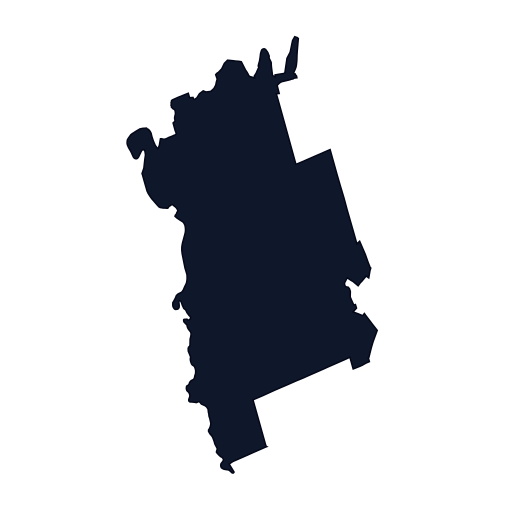 outline of Zlēku pag., Ventspils, Latvia, rotated 82°
{"feature_id": "27541924B50328122617974", "entity_name": "Zlēku pag.", "entity_type": "district", "adm_level": 2, "iso_a3": "LVA", "parent_name": "Latvia", "parent_adm1": "Ventspils", "projection": "robinson", "projection_center": [21.854, 57.134], "detail": "fine", "context": "isolated", "style": "filled", "palette": "ink", "viewbox_px": 512, "rotation_deg": 82, "n_neighbors": 0, "source": "geoboundaries", "source_scale": "gbopen_adm2", "svg_char_len": 6005}
<svg xmlns="http://www.w3.org/2000/svg" viewBox="0 0 512 512"><g transform="rotate(82 256 256)"><path d="M117.8,361.9L118.5,363.1L121.9,366.3L123.3,367.3L125.8,367.9L127.0,368.0L128.5,367.8L131.0,367.1L135.1,365.4L139.5,364.1L140.8,363.7L141.8,363.2L142.5,362.5L142.9,361.8L143.1,361.0L143.0,360.3L142.5,359.4L141.6,358.5L136.6,355.2L135.5,354.3L135.1,353.7L135.1,352.3L135.8,351.8L137.0,351.4L140.5,351.4L145.0,352.7L153.3,354.8L158.5,357.4L160.0,357.1L164.7,356.5L168.2,356.0L170.5,355.7L173.9,355.2L176.8,354.8L178.1,354.3L179.0,354.1L179.8,353.7L181.8,352.8L183.8,351.8L184.9,351.2L191.8,346.7L193.7,345.4L194.1,345.0L194.7,344.1L195.2,342.4L195.6,341.3L196.0,338.7L196.1,338.1L196.3,337.8L196.4,336.7L194.7,335.1L194.5,334.4L193.6,332.8L193.6,331.3L195.5,329.8L195.9,329.2L197.4,328.1L198.4,327.6L199.9,327.2L200.3,326.9L201.4,327.8L201.7,328.2L202.1,328.4L202.4,328.6L202.9,328.7L203.5,329.2L203.8,329.5L204.1,329.9L204.2,330.1L205.4,330.7L207.3,329.1L210.1,326.0L211.4,324.4L212.4,323.4L213.1,323.0L214.3,322.5L215.7,322.1L217.2,322.0L219.5,322.1L221.5,322.4L223.2,322.9L225.2,323.7L232.7,326.9L235.0,327.7L236.8,328.2L240.0,328.7L243.6,328.8L257.9,328.0L264.4,327.0L265.5,327.0L268.1,327.3L269.5,327.5L270.9,327.9L272.5,328.4L273.7,329.0L275.2,330.0L276.3,330.8L279.3,332.6L280.4,333.5L281.2,334.3L281.7,335.2L282.7,338.4L284.0,340.3L286.6,341.8L289.2,343.7L290.5,344.8L292.5,345.2L294.1,345.3L295.1,345.1L296.5,344.5L297.3,343.9L297.7,343.3L297.8,341.8L297.6,340.6L297.1,340.0L296.4,339.4L295.5,339.1L293.9,338.9L291.1,338.8L290.2,338.6L289.7,338.3L289.5,337.9L289.7,337.4L290.3,336.8L291.1,336.5L292.4,336.2L294.6,335.8L297.6,334.9L298.4,334.4L299.3,333.4L300.0,333.0L302.6,332.2L305.7,330.5L306.6,329.7L307.2,329.3L308.0,329.4L308.9,329.8L309.5,330.2L310.1,331.6L310.0,332.1L308.9,333.2L308.9,334.4L308.7,336.0L309.0,336.5L310.2,336.7L311.3,336.5L314.5,334.2L315.2,333.9L316.6,333.9L318.1,333.5L319.3,333.0L322.0,331.4L323.2,331.1L324.4,331.2L325.3,331.4L327.7,332.2L329.0,332.8L335.2,333.8L336.2,334.4L336.9,335.5L338.3,336.1L340.9,336.3L343.6,335.6L346.5,334.9L347.5,334.9L348.3,335.3L349.6,335.5L351.5,335.4L353.8,334.9L355.0,334.3L356.4,332.7L357.4,332.2L358.3,332.0L360.4,331.7L362.5,331.9L364.5,332.4L365.5,333.0L368.2,334.0L369.3,334.8L369.8,335.7L370.3,337.5L371.3,338.7L371.9,339.3L373.4,340.0L374.4,340.9L375.0,342.5L375.6,343.0L376.9,343.3L377.8,343.5L379.6,343.2L380.7,342.5L381.3,341.8L382.8,341.2L384.4,340.9L385.9,341.1L386.7,341.5L388.6,342.5L389.7,342.7L390.4,342.6L391.1,342.0L391.4,341.5L391.6,339.9L392.0,338.5L392.1,337.8L392.9,335.5L392.3,333.3L392.3,332.5L393.3,331.7L395.0,330.7L397.2,327.2L398.6,325.9L400.7,324.9L401.6,324.8L404.1,324.9L405.9,324.7L407.3,324.8L408.3,324.8L410.3,324.4L415.4,324.0L416.9,324.4L418.5,325.0L420.1,325.9L421.7,327.2L423.0,327.4L424.3,326.9L425.6,326.4L428.8,324.4L430.6,323.9L433.9,323.2L435.7,323.0L436.7,322.8L440.9,321.3L441.6,321.2L442.6,321.6L443.8,322.2L444.6,322.5L445.9,321.9L448.4,320.1L449.7,319.0L450.7,317.6L451.8,316.9L452.9,316.6L453.7,316.7L454.5,317.3L455.5,318.2L456.7,319.5L458.0,320.0L459.6,320.1L460.8,319.8L461.7,318.9L462.7,317.4L463.5,314.9L463.8,313.7L464.4,312.4L467.5,309.8L467.8,308.9L467.4,308.2L466.9,307.8L458.3,311.5L458.1,311.2L456.3,307.5L451.8,291.5L450.1,285.7L447.0,274.6L446.8,274.1L446.3,271.9L446.1,272.2L445.7,272.4L444.7,272.7L398.0,279.0L397.3,276.4L395.4,269.3L391.4,255.8L387.7,242.2L385.5,234.5L383.1,225.2L382.5,223.3L377.3,204.8L376.1,200.8L370.7,181.6L369.3,177.1L381.4,175.5L379.7,168.5L379.0,166.1L377.3,161.8L376.4,158.4L372.6,158.9L372.3,158.4L362.7,154.5L357.2,152.0L346.5,146.3L339.6,150.3L334.9,152.9L330.3,155.5L328.0,156.7L328.6,157.3L328.8,157.4L329.9,158.7L328.3,161.4L327.2,163.3L324.9,167.7L321.6,163.7L317.9,164.3L318.2,166.0L313.1,167.5L309.7,168.4L304.2,167.5L301.4,168.0L299.7,169.1L299.0,171.3L297.5,172.2L295.0,172.1L290.3,168.7L293.6,165.0L294.6,163.6L299.7,159.0L296.8,156.2L296.1,155.1L291.2,149.7L293.4,147.4L286.2,145.1L283.9,144.0L283.1,144.6L278.1,145.8L270.3,147.4L270.1,147.4L255.8,151.3L258.0,154.4L245.6,156.1L222.9,159.3L210.7,160.8L198.3,162.7L185.8,164.5L160.9,167.8L169.3,197.9L170.8,203.7L127.9,209.3L105.1,212.3L100.8,212.9L98.2,213.3L98.3,210.4L90.0,211.3L88.2,209.0L87.9,208.5L87.4,207.5L87.0,206.2L86.2,197.8L85.9,196.8L85.8,194.6L85.2,193.7L85.2,190.7L83.4,190.8L82.4,191.5L81.2,191.8L81.2,192.5L80.4,192.9L79.4,193.1L77.7,191.9L75.1,190.4L73.9,189.9L72.4,189.4L69.6,188.7L67.4,188.2L63.1,187.5L58.7,186.6L46.5,183.8L45.3,184.9L44.8,186.1L44.2,187.1L47.7,189.8L58.9,193.8L64.5,197.8L78.8,202.0L79.1,203.4L79.2,208.7L79.3,211.9L81.1,212.0L80.8,212.4L80.5,213.2L79.6,214.5L71.2,214.4L68.0,214.2L67.1,214.0L65.7,214.2L61.9,215.5L59.8,215.1L56.1,216.0L54.7,216.7L52.7,217.8L51.9,219.1L52.0,220.4L52.5,221.4L53.3,222.0L55.2,222.9L56.1,223.3L60.9,224.6L63.4,225.4L66.8,226.9L68.0,227.3L68.2,226.8L69.1,227.2L69.8,227.0L71.0,228.0L75.1,230.5L77.5,232.6L79.4,232.5L77.4,237.1L76.3,238.1L74.8,238.5L72.1,239.6L70.6,240.4L61.6,243.5L60.9,245.5L59.9,250.0L59.6,250.8L58.1,256.9L60.8,260.5L65.9,263.9L68.9,267.7L69.6,269.3L70.8,270.7L75.4,269.8L78.3,271.1L81.2,272.1L84.3,274.4L86.7,278.0L86.6,282.7L85.1,285.3L87.4,289.4L91.1,292.5L92.4,295.0L91.8,296.0L90.2,296.3L90.0,299.7L89.1,299.9L88.9,299.9L85.4,300.4L87.9,310.6L88.5,312.7L89.8,317.2L90.5,318.1L91.4,318.2L92.0,318.7L92.5,318.6L92.8,318.8L93.4,318.7L94.0,318.8L94.5,318.9L94.7,319.2L95.5,319.1L96.5,318.8L97.0,319.0L97.5,318.5L98.8,317.6L99.2,316.8L99.8,316.4L100.4,316.0L100.9,315.9L102.6,315.9L103.5,315.9L104.8,316.3L106.5,317.0L107.9,317.4L108.8,317.5L110.6,317.3L111.6,318.0L112.7,319.6L120.5,318.6L123.8,317.8L125.0,319.5L125.0,320.5L125.2,320.8L125.8,322.9L126.5,326.1L127.1,327.6L127.6,329.5L127.5,331.4L126.7,333.2L126.6,334.3L127.8,334.7L132.9,336.3L135.2,337.6L135.9,338.5L132.4,340.4L127.6,341.7L123.1,342.5L119.8,342.8L117.8,343.5L115.6,344.9L115.4,345.7L114.1,346.6L113.8,350.6L114.0,353.3L116.0,358.1L117.9,361.9L117.8,361.9Z" fill="#0f172a" stroke="#020617" stroke-width="1.5"/></g></svg>